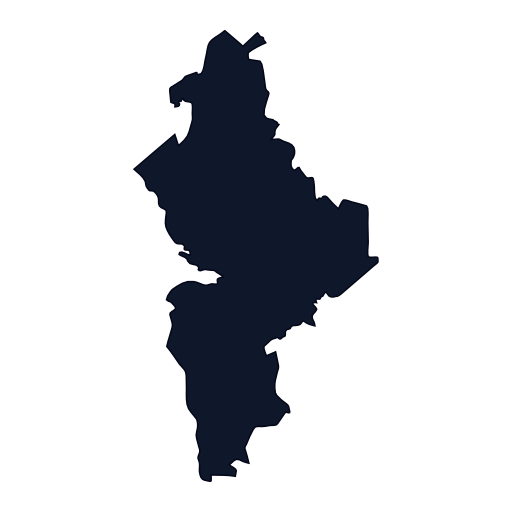 SVG path tracing the border of Nuevo León
{"feature_id": "MEX-2714", "entity_name": "Nuevo León", "entity_type": "State", "adm_level": 1, "iso_a3": "MEX", "parent_name": "Mexico", "parent_adm1": "", "projection": "orthographic", "projection_center": [-99.943, 25.492], "detail": "fine", "context": "isolated", "style": "filled", "palette": "ink", "viewbox_px": 512, "rotation_deg": 0, "n_neighbors": 0, "source": "natural_earth", "source_scale": "10m", "svg_char_len": 6066}
<svg xmlns="http://www.w3.org/2000/svg" viewBox="0 0 512 512"><path d="M257.4,32.9L258.4,33.8L259.1,35.1L260.2,36.4L261.0,36.8L262.6,37.3L263.2,37.7L263.5,38.5L263.7,39.7L264.0,40.7L264.7,41.1L265.8,42.8L261.1,44.9L256.8,47.1L252.5,49.6L248.5,52.4L248.1,53.7L248.1,56.1L248.4,58.4L249.0,59.5L260.0,61.2L261.8,64.3L263.2,70.9L264.8,82.6L265.3,86.6L265.7,88.8L266.4,90.2L268.3,91.9L268.9,93.3L268.5,95.1L266.1,102.7L264.4,109.0L264.0,115.0L266.8,118.5L267.7,118.5L268.4,118.7L269.5,119.1L272.9,119.7L273.9,120.6L275.9,121.6L276.9,122.2L277.4,122.9L277.6,123.6L278.0,124.2L278.9,124.5L277.7,126.2L276.3,127.9L275.2,129.8L274.9,132.0L274.8,134.6L273.9,136.1L272.6,137.5L271.0,139.3L274.6,139.3L278.2,139.0L279.3,139.2L280.6,139.8L283.1,141.1L289.1,143.3L292.0,145.1L293.9,147.6L294.6,150.5L294.6,153.3L293.9,156.0L292.7,158.4L291.5,159.9L291.2,160.7L291.1,162.1L291.0,164.0L291.1,165.6L291.5,167.1L292.5,168.7L294.0,170.4L296.0,169.3L297.9,167.6L299.1,167.5L300.5,170.0L301.3,171.2L302.2,172.3L306.0,177.2L307.3,177.9L308.6,178.0L311.3,177.6L312.6,177.8L313.2,178.7L313.8,181.6L314.3,186.1L314.5,192.3L315.2,197.8L316.8,200.5L317.4,199.9L318.4,198.7L318.9,198.2L319.6,198.1L320.8,198.5L321.5,198.4L322.0,198.0L322.7,196.8L323.4,196.4L325.2,196.1L326.8,196.9L328.1,198.2L331.6,202.1L333.8,204.4L338.4,208.8L340.7,204.0L342.1,201.5L343.5,200.0L345.2,200.0L347.7,200.6L352.0,202.0L357.5,203.4L366.5,205.9L367.7,208.4L368.0,213.6L367.8,222.6L368.2,242.6L367.7,250.1L367.7,254.3L368.3,256.8L369.6,257.2L371.8,257.3L375.5,257.1L376.9,257.2L377.6,257.5L377.9,258.4L378.0,261.9L376.9,263.3L374.0,265.6L340.9,294.1L339.2,295.3L337.5,296.2L335.3,296.5L333.2,297.0L331.0,296.9L329.0,296.0L327.6,294.2L326.2,292.2L325.1,292.4L324.0,294.1L322.7,296.2L321.2,296.6L320.6,297.9L319.8,299.1L318.1,299.1L316.4,298.9L315.9,299.6L316.1,301.1L316.6,302.7L315.4,302.5L313.7,302.7L312.6,303.3L312.9,304.4L315.1,306.7L316.2,308.2L316.7,309.2L316.2,310.3L315.3,311.7L313.3,313.9L312.2,315.9L312.3,318.1L313.1,320.3L314.2,322.4L314.6,324.1L314.9,325.9L312.7,325.3L310.3,324.6L307.9,323.7L306.0,322.7L304.3,321.4L303.3,321.0L302.4,321.5L301.2,323.1L300.5,324.0L299.6,324.6L298.6,325.0L297.6,325.2L295.5,325.5L294.0,325.4L292.6,325.7L291.0,326.9L290.7,327.5L290.5,328.0L290.2,328.5L289.4,328.9L288.8,329.1L287.5,329.3L286.9,329.6L285.8,330.7L285.4,331.8L285.3,334.9L285.0,336.0L284.5,336.4L283.7,336.6L282.8,337.0L281.5,338.2L280.8,338.8L280.0,339.0L279.3,338.8L278.0,337.6L277.3,337.5L273.5,338.7L271.6,339.5L270.2,340.5L268.7,342.0L267.1,343.5L264.0,346.3L263.9,348.3L264.6,350.9L266.4,355.8L275.6,351.8L278.3,364.8L278.5,366.6L278.4,368.3L277.1,372.8L275.3,380.4L274.8,383.8L274.8,388.5L275.4,393.0L276.9,395.6L281.1,399.7L282.7,401.0L286.0,403.5L287.4,404.7L288.5,406.1L289.5,410.5L289.8,411.7L289.6,412.6L288.7,412.8L286.1,412.2L285.1,412.7L277.9,423.2L276.4,424.8L273.9,425.3L271.2,425.4L268.8,425.6L266.3,426.1L263.7,426.4L261.1,426.5L258.6,426.4L257.5,426.5L256.5,426.6L255.6,426.9L254.8,427.4L253.7,428.8L252.6,430.6L249.6,436.6L246.5,444.0L245.4,446.1L245.0,447.2L244.8,448.3L245.9,452.0L247.0,455.7L248.9,463.2L246.5,462.6L244.2,461.9L241.8,460.9L239.6,459.8L236.6,459.3L234.1,460.5L231.7,462.7L229.2,465.0L233.5,467.6L235.6,469.2L236.3,470.8L235.3,476.3L229.4,475.5L223.3,475.2L211.1,475.0L211.2,480.1L210.9,481.1L209.9,481.3L204.6,480.2L202.5,479.2L201.0,477.4L200.0,474.6L199.6,472.4L199.4,470.6L199.6,464.9L199.5,463.2L199.2,461.8L198.2,458.9L198.0,457.4L198.4,455.8L199.6,452.6L199.8,450.9L199.7,449.6L199.3,448.2L198.5,445.5L196.7,438.6L196.2,435.1L196.7,431.6L197.4,428.6L197.7,425.6L197.5,422.6L196.8,419.4L194.1,415.9L191.2,412.4L188.6,408.7L187.1,404.4L186.5,399.3L186.4,394.1L186.5,388.8L186.4,383.6L186.3,377.4L186.1,374.2L185.4,371.4L184.2,369.5L182.6,367.6L179.4,364.0L173.3,355.1L170.1,350.7L166.8,346.5L167.9,341.9L171.9,328.4L172.4,325.9L172.3,323.7L171.8,321.5L171.1,318.9L170.3,316.2L169.9,314.3L170.3,312.9L172.1,311.4L174.0,310.2L175.3,309.0L175.6,307.6L174.4,305.8L171.7,302.8L170.2,301.6L168.5,301.2L166.5,299.8L167.6,296.1L170.2,292.0L172.3,289.5L177.3,286.1L182.4,283.3L187.8,281.6L193.7,281.6L196.0,282.1L198.3,282.9L202.7,284.6L204.9,285.2L206.9,285.2L208.8,284.7L211.0,284.0L212.6,283.9L214.5,284.1L216.3,284.2L217.6,283.7L217.6,283.0L217.3,280.6L217.3,279.7L217.7,278.9L218.5,278.4L219.3,278.0L222.9,277.1L221.8,275.6L216.8,272.4L214.7,270.7L213.7,270.4L208.9,270.0L207.3,269.8L205.7,269.5L204.1,269.6L200.6,270.7L199.1,270.5L198.3,269.7L198.4,268.9L198.8,268.1L198.7,267.2L196.5,265.1L193.2,264.4L190.0,263.5L187.7,261.0L187.1,259.2L185.1,257.4L181.7,255.9L179.1,254.5L179.6,252.5L181.9,252.1L184.8,253.1L187.7,254.5L190.1,255.2L190.1,252.7L189.8,251.5L189.2,250.6L188.1,250.1L185.3,250.0L184.4,249.5L184.2,248.6L184.4,247.6L184.5,246.4L184.1,245.5L183.3,244.8L182.6,244.3L181.9,244.0L180.9,243.9L178.7,243.8L176.9,243.5L175.4,242.6L173.8,240.7L171.6,237.5L169.4,234.2L167.5,230.7L166.0,227.0L165.4,223.6L165.5,219.9L165.9,216.2L166.4,212.7L166.0,210.2L163.8,208.8L161.2,207.6L159.4,205.9L158.6,203.3L158.6,200.6L158.4,197.9L157.4,195.4L156.4,194.0L155.1,192.4L153.6,191.2L152.1,190.8L150.4,190.8L149.3,190.5L148.4,189.6L147.2,187.9L146.3,186.4L145.9,184.9L145.3,181.5L143.3,178.1L140.3,174.8L134.0,169.2L153.4,152.6L174.8,134.4L178.4,145.6L181.5,142.9L184.4,140.0L187.4,136.0L189.3,131.3L192.1,121.2L192.5,119.3L192.5,117.3L192.3,113.4L192.5,108.1L192.4,105.1L191.9,103.1L190.2,102.1L185.4,101.3L183.8,100.1L182.7,98.5L182.1,98.6L181.7,99.7L181.2,101.1L180.6,101.3L179.1,101.4L178.6,101.9L178.6,102.6L179.0,103.1L179.4,103.5L179.6,104.0L179.2,105.5L178.3,106.3L176.8,106.6L174.9,106.9L175.1,104.4L174.0,103.3L172.4,102.9L170.9,102.3L169.7,90.5L169.9,88.6L170.8,87.4L181.7,80.6L182.8,79.6L184.8,77.0L186.1,76.1L196.2,72.5L196.8,72.6L197.0,73.2L197.2,74.0L197.7,74.5L198.4,74.5L201.1,73.7L202.8,71.1L204.1,66.3L205.0,61.0L206.6,53.4L207.3,49.4L208.2,45.5L209.6,42.4L212.0,39.8L215.2,37.4L218.5,35.3L221.4,33.3L224.3,31.0L224.9,30.7L240.7,44.2L242.1,45.6L242.8,46.0L243.5,45.7L255.1,34.8L257.4,32.9Z" fill="#0f172a" stroke="#020617" stroke-width="1.5"/></svg>